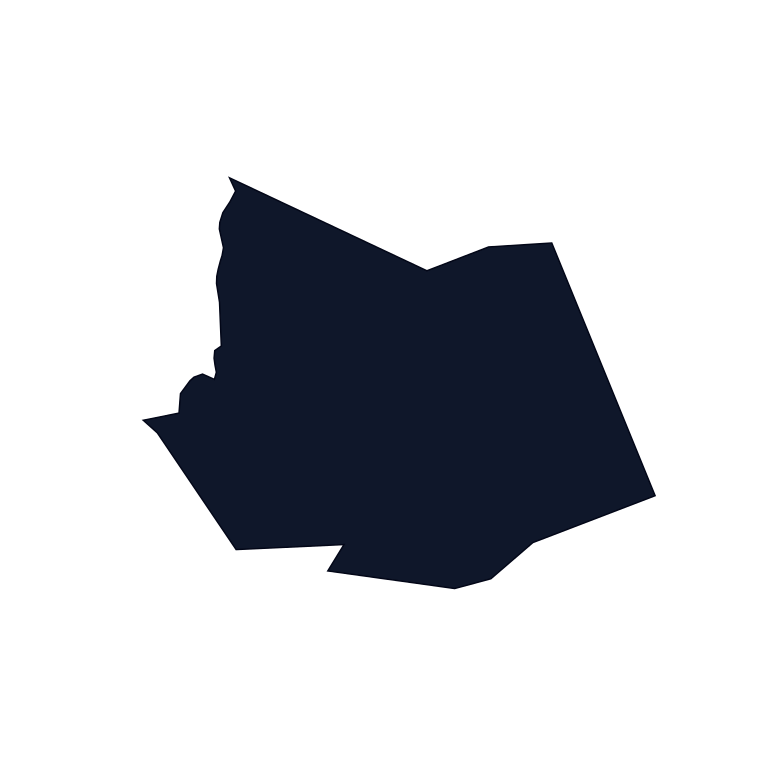 outline of Paraú, Rio Grande do Norte, Brazil, rotated 321°
{"feature_id": "56859067B96268545119008", "entity_name": "Paraú", "entity_type": "district", "adm_level": 2, "iso_a3": "BRA", "parent_name": "Brazil", "parent_adm1": "Rio Grande do Norte", "projection": "natural_earth1", "projection_center": [-37.138, -5.774], "detail": "fine", "context": "isolated", "style": "filled", "palette": "ink", "viewbox_px": 768, "rotation_deg": 321, "n_neighbors": 0, "source": "geoboundaries", "source_scale": "gbopen_adm2", "svg_char_len": 639}
<svg xmlns="http://www.w3.org/2000/svg" viewBox="0 0 768 768"><g transform="rotate(321 384 384)"><path d="M393.7,126.6L390.1,140.7L378.9,145.5L366.7,149.4L358.1,155.1L353.6,159.9L345.0,177.1L339.0,182.3L334.3,185.4L327.2,190.6L321.8,195.1L317.1,200.5L307.6,217.0L281.5,252.1L273.5,251.5L268.2,257.0L264.6,262.9L261.1,269.4L255.1,273.7L249.2,262.1L240.6,259.1L235.2,259.4L219.8,263.4L206.4,277.6L174.1,260.7L177.1,279.3L164.9,419.6L251.9,483.6L222.7,493.9L310.2,587.4L344.5,602.6L399.9,600.9L524.4,641.4L603.1,380.0L551.5,343.3L496.9,325.7L488.6,323.0L474.1,293.0L393.7,126.6Z" fill="#0f172a" stroke="#020617" stroke-width="1.5"/></g></svg>